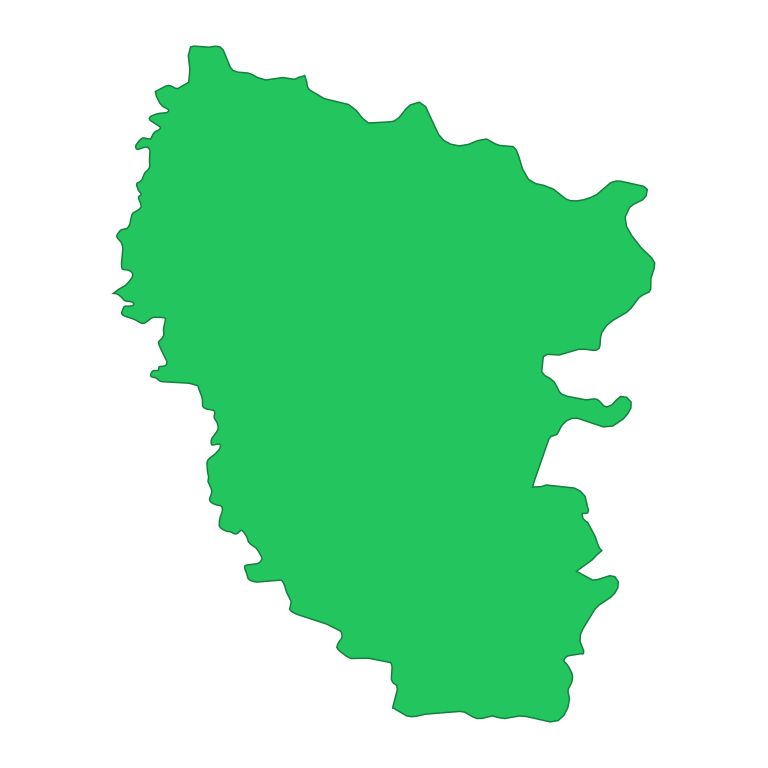 the Region of Luhans'k
{"feature_id": "UKR-329", "entity_name": "Luhans'k", "entity_type": "Region", "adm_level": 1, "iso_a3": "UKR", "parent_name": "Ukraine", "parent_adm1": "", "projection": "equal_earth", "projection_center": [38.683, 48.937], "detail": "fine", "context": "isolated", "style": "filled", "palette": "green", "viewbox_px": 768, "rotation_deg": 0, "n_neighbors": 0, "source": "natural_earth", "source_scale": "10m", "svg_char_len": 6096}
<svg xmlns="http://www.w3.org/2000/svg" viewBox="0 0 768 768"><path d="M194.3,46.1L209.2,47.2L215.6,46.2L219.9,46.8L223.2,50.0L230.2,67.0L232.9,70.4L237.7,72.1L247.9,73.0L252.0,74.4L257.4,77.5L265.9,80.0L282.8,77.5L294.3,79.3L296.5,78.5L298.5,77.4L304.2,75.8L304.8,75.0L304.7,75.7L306.7,81.6L307.4,86.3L308.6,88.9L310.1,90.2L324.2,98.6L348.5,104.5L356.5,110.6L362.1,117.9L368.4,123.0L390.5,121.8L394.4,120.9L398.9,117.7L406.2,108.7L410.3,104.9L419.3,102.2L425.6,106.6L438.5,134.4L443.9,140.5L450.7,144.2L459.5,145.9L468.7,144.3L477.7,140.6L486.5,139.0L495.0,143.7L499.5,145.4L513.1,146.6L516.2,149.8L518.8,156.5L522.6,169.2L528.6,179.5L535.7,183.6L544.0,185.4L553.5,189.2L565.7,198.9L570.4,200.7L576.8,200.9L584.0,199.7L590.9,197.4L596.8,194.5L610.6,182.7L616.2,181.0L620.8,181.2L643.7,186.3L647.3,189.5L646.2,195.7L642.7,199.8L633.7,204.2L629.6,207.4L625.1,217.2L626.6,226.6L631.6,235.4L640.9,247.5L652.0,258.2L654.7,263.0L654.2,268.3L650.9,278.4L650.7,289.2L649.0,292.1L643.4,294.6L638.9,297.7L631.2,308.1L626.7,312.3L613.0,320.3L606.6,325.5L601.7,332.7L600.6,336.9L600.0,345.4L599.0,348.5L596.3,350.1L592.6,350.3L585.7,349.3L578.5,349.3L559.2,355.0L547.3,354.3L543.3,356.7L541.7,371.8L544.9,375.6L549.7,378.2L554.0,381.7L557.2,387.2L559.1,391.3L561.7,394.2L567.3,396.3L586.0,399.9L594.1,398.9L596.9,399.3L599.4,401.1L603.9,406.0L606.9,407.0L612.0,404.8L616.1,400.2L620.5,396.5L626.5,397.2L631.1,402.1L630.9,408.0L627.7,413.9L623.2,419.0L612.9,426.0L603.4,426.9L577.3,418.2L571.9,418.4L566.8,420.6L562.1,425.1L560.2,428.4L558.6,431.8L556.7,434.5L550.9,436.5L548.9,439.0L534.8,479.6L532.5,487.1L541.5,486.6L546.2,485.0L574.2,488.0L580.4,491.1L585.1,496.4L587.0,504.2L587.3,506.4L588.6,510.3L587.7,512.8L585.5,513.5L583.3,513.3L582.2,513.6L582.8,518.3L585.1,520.7L587.6,522.4L595.1,536.3L597.7,544.0L599.5,548.1L601.8,550.7L596.5,555.2L592.4,559.7L576.4,571.3L592.7,580.1L597.5,579.6L609.8,575.7L614.9,576.7L618.3,581.8L617.8,587.7L614.7,593.3L610.7,597.3L599.5,604.7L595.0,609.1L583.2,628.3L580.5,634.3L580.0,641.3L583.7,650.8L583.4,653.6L582.7,654.0L581.2,653.7L568.2,655.8L565.7,657.3L563.8,660.1L564.3,661.7L566.2,663.4L568.6,666.7L572.0,673.4L572.5,676.4L572.0,681.1L571.2,683.5L568.7,688.2L568.0,690.8L568.2,693.0L569.3,697.2L569.5,699.1L567.8,707.8L563.9,715.4L558.0,720.6L550.2,721.9L526.4,716.5L519.2,716.0L504.8,718.5L497.8,717.5L492.4,715.9L482.2,718.4L476.9,718.5L472.6,716.8L464.7,712.2L459.9,711.4L425.3,714.2L415.7,716.4L411.0,716.7L406.2,715.7L393.4,708.1L392.7,708.1L393.2,705.4L397.3,689.7L396.8,685.4L393.6,683.3L392.6,682.1L391.5,679.9L391.4,677.2L392.1,667.1L391.5,664.3L390.5,662.6L368.4,658.2L351.5,658.5L349.2,657.7L346.2,656.1L340.3,651.6L338.0,649.3L336.8,647.4L337.4,645.0L337.9,643.9L339.1,641.7L341.2,638.9L341.8,637.6L342.1,636.0L341.7,633.3L341.0,631.9L340.0,630.8L326.4,624.0L296.7,614.3L291.7,611.6L290.3,610.3L289.7,609.1L291.2,601.9L290.5,600.0L286.8,592.8L285.8,589.9L285.0,586.8L283.9,583.9L282.6,581.5L281.5,580.5L280.3,580.1L256.7,582.1L253.0,581.4L249.9,580.2L248.6,579.1L247.9,578.1L246.8,574.0L244.7,568.4L244.6,566.4L245.1,565.7L246.5,565.1L257.2,563.6L259.1,562.8L260.7,561.3L261.7,559.3L261.8,557.7L261.3,556.3L258.1,550.7L255.8,547.8L250.8,544.4L248.5,542.0L247.3,538.4L246.4,536.2L243.8,532.2L242.2,530.7L240.8,530.3L237.6,533.3L236.6,533.8L235.3,533.9L233.9,533.6L230.8,531.9L226.4,531.2L224.4,530.4L221.2,528.4L220.0,527.0L219.3,525.7L219.3,523.4L219.4,521.1L220.1,517.4L222.0,512.2L222.4,509.9L222.1,507.1L221.3,506.2L220.1,505.6L216.5,504.9L213.5,503.8L211.0,502.3L210.0,501.1L209.5,499.9L209.9,497.6L211.8,492.7L211.8,491.1L211.3,489.2L208.0,481.5L208.6,476.9L207.5,471.5L206.9,462.8L207.6,460.7L208.5,459.3L209.9,457.9L215.2,453.9L219.0,449.7L220.3,447.2L220.5,445.4L219.9,444.4L218.8,444.0L213.0,445.0L211.8,444.8L211.1,443.1L211.2,440.6L211.9,438.3L216.7,431.7L217.8,429.5L218.2,428.0L218.0,425.9L217.1,422.7L215.0,419.4L214.2,417.4L214.2,415.8L214.6,414.4L214.7,412.3L214.3,411.1L213.2,410.3L205.8,408.8L203.8,407.6L202.9,406.6L202.5,405.4L202.5,401.0L202.2,398.9L201.5,395.9L198.8,388.9L198.0,385.7L188.9,383.2L162.3,381.7L160.7,381.4L159.2,380.6L157.0,378.7L155.4,377.8L151.1,376.6L150.6,375.7L150.7,374.5L151.8,372.2L152.5,371.3L153.3,370.7L154.5,370.5L157.3,370.6L158.3,370.2L158.7,369.4L158.9,367.4L159.3,366.6L164.1,366.1L165.2,365.7L166.1,365.1L166.9,363.4L167.0,361.7L160.3,347.9L158.9,344.3L158.5,341.9L162.4,337.9L163.5,335.7L163.8,334.4L163.5,330.1L163.7,327.7L165.4,320.0L165.5,318.5L164.6,317.9L163.5,317.6L153.8,317.2L151.7,318.0L144.6,323.2L142.2,323.4L141.0,323.1L134.6,319.5L124.4,316.0L122.4,314.8L121.7,313.6L121.7,312.4L123.5,307.6L124.2,306.7L125.2,306.2L131.6,306.0L132.8,305.5L133.6,304.8L133.5,303.0L132.5,302.3L131.2,301.7L126.9,301.3L124.4,300.5L120.9,296.7L118.2,294.6L116.0,293.6L113.3,293.4L119.0,289.1L125.3,285.5L128.3,282.4L131.9,277.8L132.6,275.7L132.7,274.1L132.3,273.2L131.0,271.6L130.1,270.9L127.6,270.0L123.5,269.5L122.3,269.1L121.7,266.9L121.5,263.2L122.9,248.1L122.5,246.1L121.2,242.3L117.4,238.0L116.7,236.3L117.0,235.2L117.5,234.1L120.3,230.4L122.3,229.4L125.9,228.8L127.2,228.3L128.4,226.8L129.9,223.9L130.8,219.0L132.0,214.5L132.7,213.4L133.6,212.6L138.5,209.8L139.6,208.9L140.9,207.3L141.2,206.1L140.8,204.0L138.5,198.1L138.6,196.6L140.7,195.2L141.1,194.3L140.9,193.5L138.4,190.3L136.9,186.1L136.6,184.5L137.2,183.0L140.0,181.7L141.1,180.7L142.2,179.2L144.3,173.9L145.1,172.5L148.0,169.7L149.2,168.0L149.9,165.5L149.6,163.1L149.5,159.5L150.0,151.2L149.7,150.0L149.3,149.1L148.1,147.7L147.0,147.2L145.7,147.1L144.5,147.2L138.2,149.4L137.1,149.3L136.2,148.6L135.6,147.0L135.7,145.7L136.2,144.7L139.1,140.9L141.5,138.6L142.4,138.1L143.7,137.9L149.3,139.0L150.9,138.7L153.0,134.2L154.4,132.4L155.2,131.7L158.3,130.2L160.3,128.5L160.4,127.6L159.9,126.8L150.2,120.4L149.3,118.8L149.8,117.3L151.1,116.1L155.2,114.4L159.8,113.3L166.3,112.7L167.4,112.2L168.5,111.2L168.7,110.3L168.3,109.4L162.8,106.5L160.0,103.4L156.3,96.1L155.3,91.6L165.5,86.2L168.4,85.4L171.0,85.9L175.2,88.2L177.7,88.6L188.7,82.3L189.9,69.4L188.3,55.7L190.6,46.9L194.3,46.1Z" fill="#22c55e" stroke="#15803d" stroke-width="1.5"/></svg>